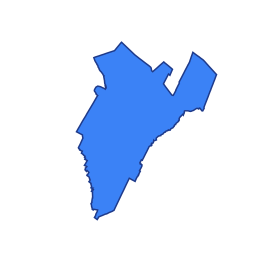 outline of Noria de Ángeles, Zacatecas, Mexico, rotated 295°
{"feature_id": "50627088B97712252064596", "entity_name": "Noria de Ángeles", "entity_type": "district", "adm_level": 2, "iso_a3": "MEX", "parent_name": "Mexico", "parent_adm1": "Zacatecas", "projection": "mercator", "projection_center": [-101.924, 22.398], "detail": "fine", "context": "isolated", "style": "filled", "palette": "blue", "viewbox_px": 256, "rotation_deg": 295, "n_neighbors": 0, "source": "geoboundaries", "source_scale": "gbopen_adm2", "svg_char_len": 5525}
<svg xmlns="http://www.w3.org/2000/svg" viewBox="0 0 256 256"><g transform="rotate(295 128 128)"><path d="M202.2,85.6L192.4,83.1L186.1,76.4L185.6,75.9L184.7,75.0L184.2,74.5L183.7,73.9L180.4,70.5L180.2,70.2L179.3,69.3L179.2,69.1L178.9,68.8L178.3,68.2L177.3,67.3L174.9,69.7L174.2,70.7L172.9,72.7L172.3,73.1L172.2,73.7L172.1,73.9L171.8,74.3L171.2,74.7L170.4,75.4L170.2,75.8L169.8,76.4L169.4,76.9L169.1,77.0L168.8,77.4L168.6,77.6L168.4,78.0L168.2,78.3L168.0,78.6L168.0,78.8L167.7,79.4L167.6,79.8L167.5,80.1L167.3,80.4L167.1,80.7L166.8,81.3L166.3,82.3L165.9,82.7L165.4,83.4L165.0,83.9L165.0,84.3L164.5,84.2L163.8,84.7L163.5,84.9L163.1,85.1L162.9,85.4L162.7,85.6L162.2,85.8L161.8,86.1L161.6,86.3L161.2,86.5L160.9,86.8L160.6,87.0L160.3,87.1L160.2,87.1L158.6,88.1L157.4,89.2L157.5,89.4L157.5,89.5L157.0,89.9L156.3,90.5L155.4,91.1L155.3,90.8L155.4,90.5L154.8,91.0L154.6,91.0L154.4,91.1L154.1,91.1L153.9,91.0L153.6,91.0L153.7,90.6L153.7,90.2L153.8,89.6L153.8,88.9L153.7,88.0L153.8,86.6L153.8,85.6L153.2,82.9L151.5,81.7L149.7,81.5L148.3,81.5L147.7,81.7L147.2,82.1L146.7,83.1L145.8,84.5L145.5,84.8L145.3,84.7L145.1,85.1L144.6,86.8L144.3,86.7L143.8,86.7L143.1,86.6L135.9,86.0L123.2,84.7L121.3,84.6L117.1,84.1L113.0,83.7L110.0,83.5L106.9,83.2L102.8,82.9L102.5,89.6L101.4,90.2L99.8,91.4L92.7,91.5L91.0,91.4L90.4,91.4L89.6,91.4L89.1,91.4L88.6,92.5L88.4,92.4L87.9,94.0L87.6,93.9L87.6,95.2L87.7,96.4L85.5,96.4L85.1,98.6L84.9,98.6L84.6,99.4L84.3,100.8L84.0,100.9L84.0,101.0L83.1,100.9L82.7,102.2L81.5,102.0L81.4,102.0L81.3,104.8L79.8,104.7L78.5,104.6L78.0,104.6L75.7,104.3L75.7,107.0L75.3,107.0L74.8,106.8L74.4,106.7L73.9,106.5L73.8,106.3L73.2,106.5L72.8,106.6L72.0,106.7L72.0,106.8L71.1,108.6L72.2,108.8L71.4,111.0L71.3,111.3L71.1,111.3L70.9,111.2L70.5,111.2L70.3,111.3L69.4,111.2L68.8,111.0L68.6,110.7L68.1,111.0L67.6,110.9L67.3,112.8L67.1,113.3L66.8,113.8L65.7,114.6L65.7,114.8L64.8,115.4L64.8,115.6L63.7,115.7L63.5,115.4L63.2,115.4L62.8,115.3L62.2,117.8L61.8,117.8L59.7,119.7L58.2,119.7L58.4,120.5L58.3,120.4L57.8,122.6L56.9,122.5L57.1,121.3L56.1,121.8L55.2,121.6L55.0,123.0L54.2,123.2L51.5,124.6L50.3,125.2L49.6,125.5L49.5,125.3L48.0,125.7L46.1,126.3L45.4,126.6L45.2,126.7L45.1,126.8L44.0,126.4L43.8,126.6L43.6,126.6L43.4,126.7L43.2,127.1L42.2,127.8L41.6,128.1L41.0,128.6L40.5,129.1L40.0,129.5L39.2,129.9L39.0,131.1L39.8,131.2L40.9,135.1L39.4,135.4L36.7,135.3L35.3,135.5L35.1,135.6L34.9,135.6L33.8,135.5L32.7,135.4L32.0,138.8L34.6,139.1L35.1,139.2L35.4,139.3L35.9,139.8L37.6,141.4L38.8,142.5L40.1,143.6L40.8,144.3L40.5,144.2L41.2,144.9L41.8,145.5L43.0,146.3L44.1,147.3L45.8,148.9L46.6,149.4L47.4,150.1L50.0,150.1L51.3,150.1L65.4,150.2L70.1,150.3L75.5,150.3L83.0,150.4L83.0,151.1L82.9,152.0L82.8,152.8L82.7,155.3L82.6,157.0L85.0,156.9L85.8,156.9L86.0,156.9L86.5,156.9L87.7,157.0L87.9,157.2L88.1,157.3L88.8,157.3L89.9,157.5L89.9,157.2L94.0,157.4L94.1,156.5L97.5,156.7L99.2,156.7L99.5,156.5L99.9,156.4L100.4,156.4L100.5,155.7L100.5,154.5L101.3,154.5L101.3,153.5L101.6,153.4L103.6,153.6L104.8,153.6L104.8,154.6L106.2,154.6L107.4,154.7L108.2,154.7L108.3,154.7L112.1,154.8L113.2,154.8L113.3,154.9L120.2,155.0L120.7,155.3L121.3,155.8L121.6,156.5L122.2,156.8L122.7,156.1L122.8,156.1L123.0,156.4L123.2,156.2L123.3,156.4L123.5,156.3L123.6,156.0L123.9,155.9L124.0,156.0L124.3,156.0L124.4,156.5L124.8,156.8L124.9,157.0L125.7,157.1L127.0,156.7L127.6,156.6L127.3,157.0L129.2,158.8L130.0,158.2L130.9,157.9L133.5,159.0L134.9,160.8L135.0,160.7L135.2,160.8L135.5,160.9L135.9,160.9L136.0,161.0L137.3,162.2L138.4,162.4L139.0,162.6L139.4,162.9L139.6,163.0L140.0,163.5L140.2,163.3L140.5,163.5L140.8,163.6L141.1,163.7L141.8,164.4L141.8,164.6L142.6,164.9L142.9,165.4L143.4,165.6L143.2,166.1L143.6,166.3L144.0,167.2L145.2,167.1L146.0,167.6L147.2,168.6L147.7,168.7L148.1,168.8L148.6,168.8L148.9,168.9L149.0,169.1L149.5,169.0L149.8,168.9L150.2,168.9L150.5,169.1L150.8,169.2L151.1,169.2L151.2,169.3L151.3,169.7L152.5,169.6L155.4,171.0L155.8,170.7L156.0,170.7L156.4,171.0L156.5,170.8L157.2,170.9L157.9,170.6L158.3,170.3L160.7,170.7L160.7,170.9L163.6,171.9L163.1,172.7L164.3,172.6L165.6,172.6L165.7,172.4L166.0,172.3L167.3,172.0L167.9,172.8L168.1,173.3L168.4,173.9L168.8,174.8L169.0,175.5L169.2,176.5L169.4,177.5L170.0,178.3L170.7,178.9L171.3,179.6L172.0,180.2L172.5,180.4L173.2,180.9L173.9,181.3L174.8,182.0L175.0,182.4L175.4,183.4L175.0,183.8L175.2,184.1L175.8,184.2L176.1,184.4L176.4,184.6L176.3,184.9L174.8,187.7L175.1,188.5L178.0,188.7L178.9,188.1L181.3,187.9L190.8,187.3L192.9,187.1L194.5,187.0L195.3,186.9L196.0,186.9L196.9,186.9L198.7,186.7L203.6,186.4L203.8,186.4L206.0,186.2L206.5,186.2L208.2,186.1L209.5,186.0L212.9,185.7L213.8,185.7L215.9,180.7L218.5,174.4L218.7,174.0L219.5,172.1L220.6,169.6L221.4,167.5L221.6,166.7L222.0,164.5L222.6,162.0L222.6,161.7L223.0,159.5L224.0,154.8L222.9,154.9L222.6,155.0L221.2,155.1L219.1,155.3L213.8,155.9L210.7,155.8L210.6,155.7L209.1,155.7L207.9,155.6L207.1,155.6L206.1,155.5L205.4,155.5L203.6,155.4L202.3,155.4L200.1,155.3L197.5,155.2L191.2,154.9L190.5,155.5L189.7,155.5L187.0,155.4L182.5,155.3L182.3,155.5L179.6,155.4L176.7,155.2L176.3,154.3L176.7,153.2L177.4,151.8L181.4,144.3L183.0,141.5L184.6,141.5L189.0,141.7L189.3,141.7L194.0,141.9L193.5,143.7L200.0,143.5L200.1,143.2L200.4,142.2L201.2,139.3L201.9,136.6L202.3,135.0L202.4,134.4L203.0,132.5L197.6,130.1L194.7,128.9L189.5,126.6L189.9,125.2L191.9,123.8L192.5,123.2L192.7,122.8L193.4,120.2L193.9,117.7L194.2,116.3L195.3,111.4L195.8,109.0L197.1,103.5L197.3,102.8L198.8,98.4L199.9,95.1L203.0,85.9L202.2,85.6Z" fill="#3b82f6" stroke="#1e3a8a" stroke-width="1.5"/></g></svg>